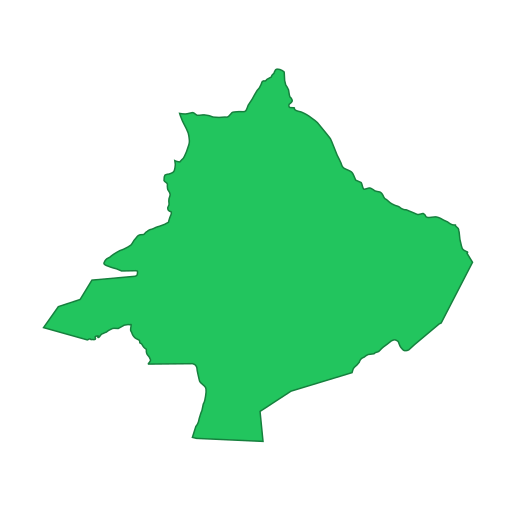 Texiguat, El Paraíso, Honduras (orthographic projection), rotated 177°
{"feature_id": "27666195B35644327877667", "entity_name": "Texiguat", "entity_type": "district", "adm_level": 2, "iso_a3": "HND", "parent_name": "Honduras", "parent_adm1": "El Paraíso", "projection": "orthographic", "projection_center": [-87.038, 13.663], "detail": "fine", "context": "isolated", "style": "filled", "palette": "green", "viewbox_px": 512, "rotation_deg": 177, "n_neighbors": 0, "source": "geoboundaries", "source_scale": "gbopen_adm2", "svg_char_len": 6102}
<svg xmlns="http://www.w3.org/2000/svg" viewBox="0 0 512 512"><g transform="rotate(177 256 256)"><path d="M324.8,402.4L324.2,400.1L322.4,394.7L321.1,391.7L318.9,386.8L317.3,382.5L316.8,379.6L316.6,377.2L316.5,374.8L316.6,373.2L316.9,371.8L317.3,370.5L320.0,363.7L322.2,359.4L323.4,357.5L324.0,356.9L325.1,356.0L327.2,353.9L328.7,354.2L331.0,354.9L332.1,355.5L331.9,353.4L331.8,351.4L332.3,348.4L333.1,345.6L334.1,344.2L335.8,343.3L337.2,342.8L339.1,342.3L340.2,342.3L341.8,341.9L342.7,341.5L343.5,339.7L343.9,336.2L343.3,335.3L341.3,333.5L340.7,332.4L340.9,330.2L340.8,328.0L340.6,326.9L339.3,324.6L338.8,323.4L338.5,321.6L339.1,319.8L339.9,317.7L340.2,315.4L340.1,312.9L340.2,311.7L341.6,308.9L341.6,307.6L341.2,306.4L340.2,305.4L338.6,304.6L338.3,304.3L338.3,303.3L338.5,302.2L340.1,298.8L341.2,295.8L341.7,294.2L343.8,293.3L345.3,292.5L350.7,290.8L352.9,290.3L354.8,289.7L355.9,289.2L357.4,288.6L358.7,288.2L360.4,287.9L361.6,287.4L362.8,286.7L363.2,286.3L364.1,285.9L365.0,285.2L366.5,283.7L366.8,283.5L367.4,283.3L369.7,283.3L370.9,283.2L372.5,282.6L373.6,281.7L375.1,280.0L376.9,278.1L379.1,274.9L380.3,273.5L383.4,271.7L387.9,269.7L389.1,269.3L392.0,268.4L392.7,268.0L394.8,267.0L398.1,265.2L400.7,263.5L401.8,262.6L405.0,261.1L406.2,260.1L407.2,258.9L408.2,256.9L408.2,256.2L407.6,255.4L406.1,254.4L401.5,252.4L399.4,251.6L396.0,250.5L391.0,248.1L376.6,247.6L375.5,247.3L375.1,246.4L375.5,243.7L376.0,243.0L377.4,242.1L421.1,240.5L433.9,221.8L456.0,215.8L471.9,195.6L429.0,181.1L428.5,181.1L427.0,181.8L426.5,181.9L425.8,181.8L425.4,181.3L425.2,181.2L424.2,181.1L423.1,181.2L422.3,180.9L421.3,181.1L420.9,181.3L420.7,181.6L420.6,182.3L420.9,182.9L420.9,183.3L420.8,183.8L420.5,184.1L418.9,184.5L418.0,184.5L417.8,184.4L417.8,184.2L418.2,183.7L418.3,183.4L417.9,182.9L417.4,182.9L416.5,183.6L415.3,185.1L414.2,186.1L412.5,186.7L410.4,187.6L410.0,187.6L409.7,187.7L408.7,188.3L407.1,189.4L403.4,191.0L402.4,191.2L401.1,191.2L397.4,190.8L393.1,192.9L392.0,193.4L391.4,193.8L387.8,194.2L386.6,194.2L385.3,193.9L384.9,193.9L384.5,194.2L384.3,194.1L384.2,193.9L384.5,192.3L384.9,190.4L385.1,188.6L384.9,187.7L384.2,186.3L383.6,184.4L382.9,182.9L382.0,181.6L381.0,180.5L379.7,179.6L377.8,178.5L376.9,177.9L376.7,177.4L376.6,175.9L376.4,175.2L375.9,174.8L375.3,174.7L375.1,174.5L374.5,173.7L373.8,172.3L372.9,170.9L372.1,170.0L370.8,168.9L370.5,168.6L370.4,167.9L370.5,166.8L370.5,166.0L370.3,164.8L370.0,163.8L369.7,163.2L367.9,160.7L366.8,158.0L366.8,157.3L367.1,156.6L368.3,155.0L369.0,154.4L369.1,154.1L369.0,153.7L325.0,151.8L323.8,151.3L322.6,150.6L322.0,149.9L321.3,148.7L320.9,147.5L320.7,144.6L320.2,141.3L319.4,136.6L318.9,134.1L318.5,133.3L318.0,132.5L314.4,128.9L313.3,127.4L313.1,126.7L312.9,125.5L313.0,122.6L313.7,118.7L314.6,114.9L315.4,112.6L316.3,111.1L316.5,110.5L318.1,104.4L319.2,102.2L320.1,99.7L321.1,97.0L322.2,93.3L323.4,90.9L325.0,88.9L329.0,78.2L325.0,77.0L258.7,70.5L260.1,100.6L228.1,119.2L166.2,134.5L165.1,137.6L164.5,138.7L163.4,139.9L160.9,141.9L159.2,143.7L158.4,144.6L157.9,145.8L157.5,146.5L156.7,147.4L156.0,148.1L154.7,148.8L153.2,149.4L151.5,150.6L149.3,151.7L148.6,151.8L145.9,152.0L143.4,152.2L142.9,152.4L142.3,153.0L141.7,153.3L139.7,153.8L138.5,154.2L137.3,155.2L135.4,157.0L133.5,158.5L129.7,161.0L125.9,163.7L125.2,164.2L124.3,164.5L122.8,165.0L122.0,165.0L121.5,165.0L120.0,164.3L118.6,163.3L118.3,162.7L117.1,159.0L116.6,157.9L115.9,156.8L115.2,155.9L114.2,154.7L113.5,154.1L112.6,153.7L111.0,153.6L109.7,153.8L108.3,154.3L102.2,159.3L76.6,178.6L74.6,179.4L40.1,238.4L45.1,247.6L44.8,248.0L44.6,248.3L44.5,248.6L44.6,248.9L44.9,249.1L46.3,249.8L48.2,251.0L49.2,252.0L49.7,252.9L50.3,255.2L51.5,261.9L51.9,269.4L52.2,270.3L52.2,271.5L52.6,272.8L53.4,273.8L54.8,275.1L55.1,275.7L55.2,276.5L56.3,276.6L57.8,276.8L58.7,277.1L60.4,278.0L62.9,280.0L66.7,282.0L69.7,283.9L71.8,284.9L73.6,285.5L74.8,285.7L80.7,285.4L81.9,285.4L82.8,285.6L83.7,286.0L84.2,286.3L84.4,286.7L84.8,287.7L85.2,288.3L85.9,289.0L86.8,289.7L87.4,289.7L89.3,289.3L91.9,288.9L92.5,289.0L93.5,289.4L96.0,290.7L100.0,292.6L102.9,294.0L103.7,294.3L105.5,294.5L107.2,295.2L108.9,296.2L110.1,297.3L110.7,297.7L111.8,298.3L113.8,299.0L115.1,299.6L117.6,301.0L119.3,302.2L122.7,305.5L124.0,306.3L124.5,306.8L125.2,307.9L126.1,310.1L127.0,311.7L127.7,312.5L128.5,313.2L129.5,313.6L132.0,314.2L133.5,314.7L134.1,315.0L135.3,316.0L136.8,317.0L137.8,317.6L138.6,317.9L139.2,318.0L140.0,317.9L144.1,317.0L144.6,317.0L144.9,317.2L145.3,317.8L145.8,319.0L146.5,322.1L147.0,323.6L147.4,324.0L151.2,325.9L152.5,326.6L154.2,331.3L155.0,333.2L155.8,334.4L156.6,335.2L157.8,336.0L159.1,336.7L161.3,337.8L163.3,338.9L164.2,339.7L164.9,340.6L165.5,341.8L166.3,344.5L167.8,348.2L169.7,352.5L174.4,366.3L175.5,369.1L176.2,370.2L178.6,373.6L187.7,386.0L190.1,388.3L193.3,390.9L195.6,392.8L198.0,394.5L200.5,396.0L202.6,397.1L203.7,397.6L206.7,398.5L208.7,399.4L209.2,399.8L209.9,400.7L210.0,401.1L209.9,401.7L210.1,402.0L213.8,402.4L214.6,402.6L214.9,402.9L215.2,403.5L215.3,404.2L215.3,404.9L215.1,405.4L214.7,406.0L213.4,406.9L212.4,407.8L211.8,408.7L211.7,409.6L212.0,410.5L212.5,411.6L213.0,412.3L213.7,413.0L213.9,413.4L214.3,415.4L214.7,419.1L214.8,420.1L216.1,423.1L217.3,425.1L217.4,425.5L218.2,429.7L218.2,437.4L218.3,438.2L218.5,438.6L220.4,440.0L222.4,441.0L224.3,441.4L225.2,441.5L226.0,441.3L226.7,440.9L227.3,440.0L227.9,439.0L228.4,437.8L228.7,437.3L230.0,436.3L230.6,435.6L230.9,435.0L231.2,434.2L231.5,433.9L235.5,432.0L236.2,431.5L236.9,430.7L237.4,430.4L238.0,430.3L238.6,430.4L239.0,430.5L239.9,430.2L240.5,430.0L241.0,429.2L242.0,426.9L243.8,423.8L244.6,422.9L246.1,421.4L246.8,420.4L248.8,417.4L251.5,413.0L255.9,407.0L257.2,404.0L258.2,402.1L258.7,401.5L259.5,401.0L260.3,400.8L261.5,400.8L265.3,401.1L269.2,401.0L270.8,400.9L271.9,400.7L272.5,400.4L275.4,397.5L276.1,396.9L277.1,396.3L278.1,396.2L279.7,396.4L285.6,396.3L291.0,396.9L292.1,397.2L294.4,398.2L295.8,398.7L300.1,399.6L301.7,399.7L304.8,399.5L307.4,399.6L307.8,399.8L308.4,400.3L310.6,402.1L311.6,402.5L312.3,402.5L317.0,401.7L319.1,401.5L321.9,401.8L324.8,402.4Z" fill="#22c55e" stroke="#15803d" stroke-width="1.5"/></g></svg>